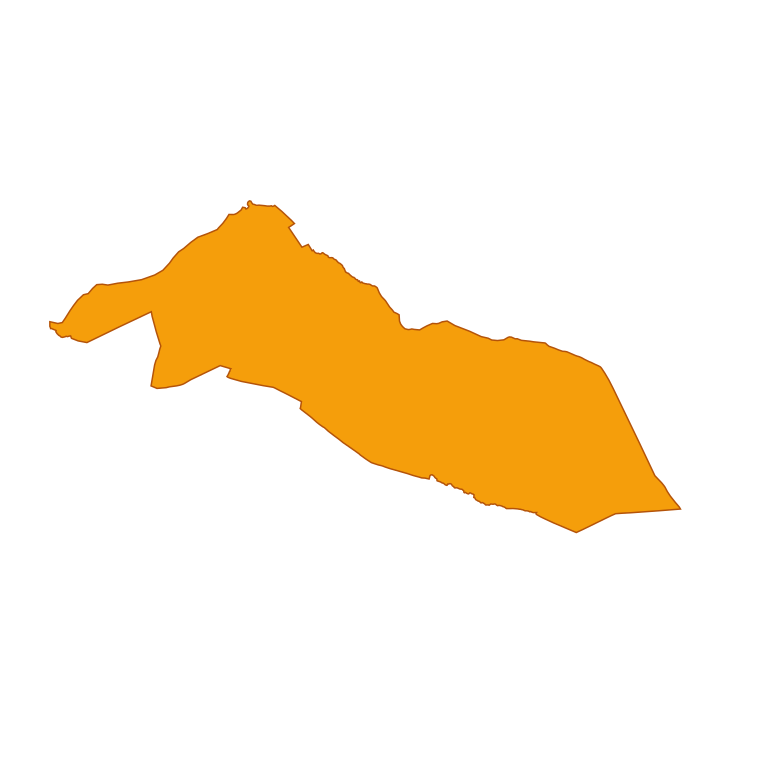 the district of Patrauti, Suceava, Romania, rotated 121°
{"feature_id": "2599482B36922885866950", "entity_name": "Patrauti", "entity_type": "district", "adm_level": 2, "iso_a3": "ROU", "parent_name": "Romania", "parent_adm1": "Suceava", "projection": "mercator", "projection_center": [26.182, 47.734], "detail": "fine", "context": "isolated", "style": "filled", "palette": "amber", "viewbox_px": 768, "rotation_deg": 121, "n_neighbors": 0, "source": "geoboundaries", "source_scale": "gbopen_adm2", "svg_char_len": 6113}
<svg xmlns="http://www.w3.org/2000/svg" viewBox="0 0 768 768"><g transform="rotate(121 384 384)"><path d="M502.7,702.5L506.7,700.1L507.5,699.0L507.9,698.5L508.2,698.3L507.7,697.4L507.0,692.6L508.2,692.2L509.2,690.2L509.8,687.8L509.7,686.6L510.1,685.1L509.7,683.7L507.9,681.8L506.8,681.0L506.4,679.7L504.9,678.3L504.2,677.4L505.8,675.4L504.6,668.4L501.5,660.0L471.6,640.5L441.9,620.7L445.5,617.5L456.6,606.0L465.1,596.5L465.9,595.4L466.6,594.8L469.5,594.2L472.7,593.2L477.2,591.9L481.4,591.6L485.9,590.4L505.6,582.7L504.7,576.3L499.3,568.8L496.9,566.4L492.5,560.9L490.1,558.3L487.8,556.3L486.1,555.2L479.9,551.9L452.6,533.9L449.8,523.2L450.2,523.3L451.2,523.1L452.4,522.7L453.1,522.8L453.7,522.8L454.4,522.5L455.1,522.6L455.7,522.4L458.5,522.4L458.6,521.3L458.2,518.5L455.2,507.5L447.6,486.6L443.9,477.3L443.7,476.0L443.2,468.5L442.9,465.2L441.6,445.7L446.7,443.6L448.2,443.2L448.6,441.2L449.8,430.9L450.2,428.3L451.4,422.2L451.9,418.5L452.2,414.4L452.1,412.7L453.2,407.2L454.0,400.2L454.5,394.8L455.3,388.9L456.1,376.9L456.7,369.3L457.1,367.6L457.7,360.4L457.9,354.4L457.4,352.0L456.8,349.4L456.3,347.2L455.3,344.1L455.0,342.9L454.5,340.0L453.4,335.1L448.7,317.7L447.4,311.9L446.6,309.0L445.8,306.3L445.1,303.4L444.5,302.2L443.5,300.3L443.0,298.7L442.2,296.4L439.5,297.2L438.8,297.4L438.4,297.3L438.1,297.2L437.8,296.8L437.3,296.4L437.1,296.2L437.0,295.9L437.2,293.8L437.4,293.2L437.8,292.5L438.1,291.4L438.1,290.2L438.2,289.8L438.8,289.3L439.4,288.9L439.6,288.7L439.6,288.3L439.3,287.4L439.2,286.4L438.9,285.6L438.8,285.1L438.9,284.5L438.9,283.8L438.8,282.9L438.6,282.5L438.5,282.0L438.5,281.4L438.8,280.0L438.8,279.4L438.7,278.5L438.5,277.9L438.0,277.7L437.0,277.9L436.8,277.7L436.5,277.1L435.7,276.5L435.4,276.0L435.1,275.4L435.4,274.1L436.0,273.1L436.1,272.6L436.0,271.6L436.1,271.2L436.5,270.8L436.6,270.2L436.6,269.8L436.3,269.3L435.9,268.8L435.5,268.2L435.3,267.7L435.0,265.2L434.9,264.8L434.1,263.0L434.1,262.5L434.3,262.0L434.4,260.8L434.5,260.6L435.6,259.8L435.8,259.5L435.8,259.1L435.7,258.8L435.1,258.4L434.9,258.2L435.1,257.1L435.0,256.1L434.8,255.1L434.3,254.7L433.3,254.5L433.0,254.3L432.8,253.5L432.9,252.5L432.6,251.2L432.5,250.6L432.6,249.8L433.0,249.7L433.7,249.1L434.4,248.9L435.0,248.6L435.0,248.1L434.9,247.3L435.0,247.1L435.7,246.2L435.9,245.6L435.8,244.9L435.9,243.2L435.8,242.9L435.6,242.0L435.8,240.2L436.0,239.8L435.8,239.4L435.0,238.6L434.9,238.1L434.9,236.1L435.1,235.4L435.3,234.5L433.8,232.1L433.8,231.5L433.5,231.3L432.0,230.8L431.6,230.1L430.9,228.6L429.8,227.3L429.6,226.8L429.6,226.2L429.8,225.2L429.8,224.1L429.7,223.8L429.2,223.4L428.7,222.7L428.1,220.9L427.9,219.9L427.9,218.9L427.6,218.0L427.5,216.4L427.7,215.6L427.7,214.9L426.5,212.8L424.3,209.3L422.3,205.3L421.6,203.5L421.1,202.5L420.7,201.1L420.3,200.0L420.1,198.1L419.8,197.3L419.3,196.6L418.8,195.4L418.5,194.4L418.5,193.7L418.4,193.0L417.8,192.6L417.7,192.0L417.7,191.1L417.3,189.7L415.6,187.0L416.7,187.0L417.2,186.5L417.3,186.0L417.2,181.4L416.7,176.0L415.7,166.9L412.4,143.6L412.3,142.7L406.1,138.5L385.7,125.3L379.6,121.3L375.9,118.7L372.1,113.3L367.3,106.2L350.8,82.7L338.5,65.5L337.4,67.5L336.4,70.4L335.5,73.2L332.6,80.9L330.3,85.7L327.7,90.0L326.9,91.8L325.7,95.1L323.1,104.6L303.1,134.6L269.8,185.3L264.8,193.3L261.0,200.3L258.7,205.1L258.1,206.6L257.9,207.7L258.0,209.5L258.5,213.6L258.8,217.4L259.2,219.8L259.6,224.7L259.7,228.2L260.1,231.0L260.6,232.7L261.0,234.7L262.2,243.8L262.9,245.7L264.0,247.8L264.9,252.1L265.5,256.2L266.7,262.0L266.4,264.2L265.9,266.3L265.9,267.1L270.8,277.5L272.2,281.0L275.8,288.7L276.6,293.1L277.7,294.8L278.2,298.9L279.1,300.8L280.3,301.8L284.4,304.0L288.3,309.1L290.8,314.3L291.1,318.3L293.3,325.0L294.7,337.8L297.4,353.3L297.5,362.3L300.8,366.2L303.8,368.3L305.2,369.9L307.1,373.6L312.0,377.1L315.8,379.4L319.3,381.3L321.6,386.1L322.5,388.5L323.8,389.8L324.9,391.3L325.9,394.5L325.2,397.8L324.1,400.5L322.1,403.1L316.9,406.7L316.9,409.0L317.3,412.6L316.4,414.6L315.1,418.9L311.8,425.8L310.3,431.2L308.3,435.0L305.1,439.3L304.9,440.1L304.8,441.8L304.9,442.7L305.8,444.3L305.9,444.7L305.8,447.2L305.9,447.6L306.3,448.7L307.1,450.0L307.2,450.7L307.8,452.0L308.0,453.0L308.3,453.9L308.3,454.2L308.0,455.3L308.0,455.6L308.8,455.8L309.2,456.2L309.3,456.4L309.3,456.7L308.4,457.9L308.3,458.1L308.4,458.3L308.5,458.4L309.1,458.6L309.2,458.9L309.1,459.1L308.7,459.7L308.4,460.3L308.4,460.8L308.7,461.2L308.8,462.5L308.3,463.3L308.3,463.5L308.4,463.8L308.2,464.4L308.1,464.7L308.2,465.0L308.4,465.5L308.5,466.5L307.8,470.4L307.5,471.0L307.4,471.4L307.6,471.9L307.7,472.1L307.8,473.6L307.7,473.9L307.8,474.3L307.8,474.5L307.3,475.1L307.2,475.5L306.5,476.2L306.0,477.1L305.6,477.3L305.1,478.9L304.9,479.4L304.7,479.7L304.2,480.2L303.9,480.8L303.6,481.7L303.3,484.1L303.4,484.7L303.5,485.6L303.2,486.6L303.0,486.9L302.9,487.8L302.6,488.2L302.4,488.9L302.4,489.5L302.7,490.7L302.5,492.0L302.3,492.4L302.3,493.1L302.6,493.9L303.2,494.8L303.8,495.9L303.9,496.2L303.9,496.6L303.9,497.0L303.1,498.0L303.0,498.4L303.3,501.1L303.3,501.6L303.1,503.0L303.0,503.7L303.1,504.3L303.4,504.6L304.8,505.1L305.0,505.2L305.2,505.5L305.5,505.8L305.6,506.3L305.7,507.5L306.5,508.6L306.7,509.4L306.8,510.2L306.8,510.7L306.7,511.1L306.2,512.2L305.9,513.2L305.6,513.6L306.8,514.2L303.4,520.8L309.0,524.8L298.9,546.4L292.6,543.4L291.5,547.4L289.9,554.9L288.7,560.4L287.2,569.6L288.0,570.0L288.8,570.6L289.3,571.2L289.2,572.1L289.3,572.4L290.3,573.5L291.6,575.6L292.7,578.3L295.1,583.3L295.7,584.1L296.5,585.4L296.7,586.0L296.8,587.3L297.4,589.1L297.0,590.2L296.7,590.9L295.9,592.3L296.3,593.6L297.6,594.2L298.8,594.2L300.2,593.6L300.8,592.8L300.9,591.7L301.4,591.3L302.2,591.3L303.6,591.5L304.5,592.0L305.1,592.5L304.4,593.8L305.3,596.2L308.4,596.1L313.0,597.8L315.0,599.0L316.2,600.2L318.5,604.2L323.2,604.3L329.3,604.9L335.3,606.2L337.5,606.5L346.4,613.0L354.1,619.2L362.0,622.5L371.0,625.5L376.5,628.1L384.6,629.6L390.9,630.1L400.4,632.1L408.7,636.7L419.4,645.5L428.2,655.7L434.7,664.1L441.4,671.6L443.6,676.9L446.8,681.4L452.2,683.0L458.9,684.1L462.3,687.6L470.1,689.8L476.5,690.5L482.7,690.9L492.2,691.1L497.0,691.4L500.1,694.7L502.7,702.5Z" fill="#f59e0b" stroke="#b45309" stroke-width="1.5"/></g></svg>